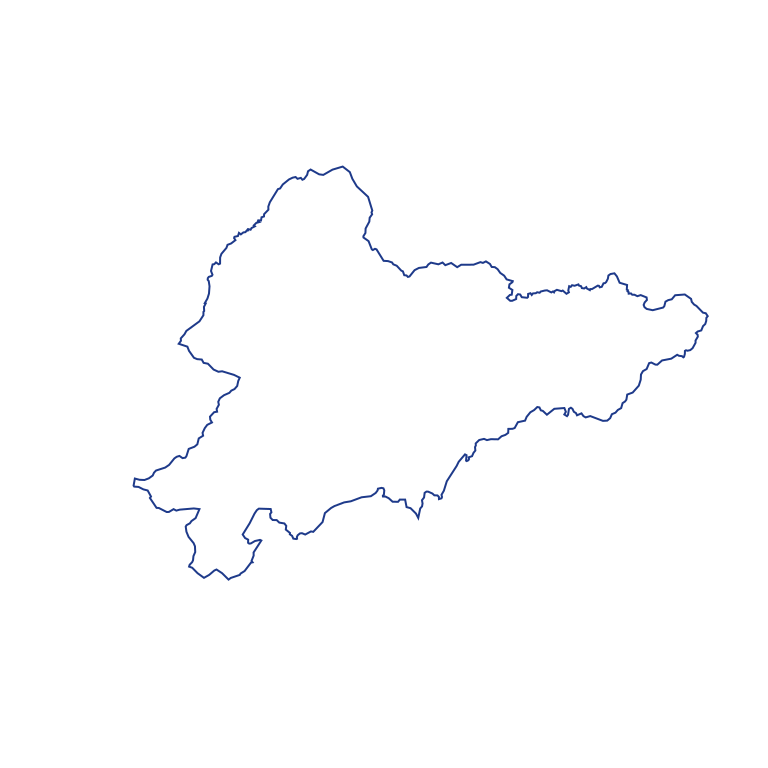 outline of Beroroha, Atsimo-Andrefana, Madagascar, rotated 41°
{"feature_id": "10022922B39697778193382", "entity_name": "Beroroha", "entity_type": "district", "adm_level": 2, "iso_a3": "MDG", "parent_name": "Madagascar", "parent_adm1": "Atsimo-Andrefana", "projection": "natural_earth1", "projection_center": [45.328, -21.505], "detail": "fine", "context": "isolated", "style": "outline", "palette": "blue", "viewbox_px": 768, "rotation_deg": 41, "n_neighbors": 0, "source": "geoboundaries", "source_scale": "gbopen_adm2", "svg_char_len": 6165}
<svg xmlns="http://www.w3.org/2000/svg" viewBox="0 0 768 768"><g transform="rotate(41 384 384)"><path d="M592.4,167.5L592.6,166.6L591.3,163.9L589.4,161.6L589.8,160.4L591.2,159.8L592.9,157.5L593.4,154.5L592.1,148.5L590.6,146.8L589.8,142.4L588.4,141.1L586.0,140.9L586.3,138.6L588.3,135.4L586.8,131.0L587.1,128.0L585.8,125.0L583.9,122.6L583.8,120.4L580.4,119.5L577.9,120.9L568.6,120.1L565.9,120.6L562.4,120.1L559.9,118.3L552.3,119.1L545.5,126.0L545.6,131.3L543.5,134.2L542.4,137.2L544.5,141.4L544.5,143.2L538.4,152.0L533.0,155.0L530.2,155.1L528.1,154.0L527.2,151.4L527.3,148.1L525.4,146.4L519.4,148.5L517.6,151.5L514.5,152.3L512.7,153.8L511.0,153.6L509.4,155.3L508.2,154.1L507.0,154.3L506.6,153.2L505.3,153.5L502.5,149.8L495.4,153.0L489.2,150.0L485.3,149.3L482.8,152.4L482.2,154.9L483.9,157.7L484.8,161.3L484.6,162.9L483.6,164.0L484.6,167.8L483.4,169.5L481.8,168.9L480.8,169.5L478.7,175.9L477.4,177.0L477.8,178.1L474.4,178.8L473.1,178.2L472.4,180.6L470.4,181.8L468.6,180.9L466.6,181.8L465.4,181.3L463.4,184.8L461.1,186.1L461.2,188.2L459.6,188.7L461.7,192.5L463.4,193.5L462.5,196.2L457.6,196.2L457.0,197.5L452.7,199.5L451.8,201.9L452.2,203.3L450.8,203.3L450.2,205.1L445.6,206.3L444.0,208.0L441.6,211.4L441.6,213.0L439.4,214.3L439.0,215.9L437.0,217.9L437.1,219.9L435.0,219.4L433.7,221.5L435.6,223.8L435.5,225.0L431.0,228.1L428.1,227.1L426.2,228.3L426.1,230.8L428.0,233.2L426.1,237.2L424.7,238.4L420.2,238.4L420.6,234.2L421.8,232.8L419.2,228.8L415.1,229.4L413.3,226.5L414.1,222.9L413.7,221.9L407.9,224.6L403.6,223.4L398.9,223.9L394.4,222.8L391.0,223.1L388.5,225.0L385.2,223.9L380.5,224.6L379.2,227.7L376.8,228.8L373.3,235.2L364.0,243.4L362.6,247.8L355.3,248.6L352.3,254.1L348.5,253.9L346.5,258.0L339.8,261.6L339.0,264.7L339.3,267.8L334.2,273.5L332.4,278.0L332.7,286.1L331.8,287.5L329.8,287.3L327.9,288.6L324.4,286.6L322.6,287.1L316.0,286.4L312.5,287.6L310.3,287.0L306.4,288.6L302.9,291.3L290.0,287.3L288.5,287.9L287.7,290.2L286.5,290.4L278.6,286.3L272.4,286.9L271.5,286.0L270.9,282.2L268.1,278.7L266.4,271.1L264.1,267.9L263.7,263.7L262.0,262.7L261.4,260.8L249.2,253.2L233.9,252.7L225.5,249.9L219.2,246.5L210.2,247.0L204.5,256.0L201.0,266.0L197.5,268.3L187.9,270.3L187.1,273.3L188.8,276.6L189.2,281.7L188.4,283.4L186.0,283.0L184.1,285.9L181.5,285.8L179.7,288.2L178.1,291.9L176.7,299.8L177.3,304.6L176.1,306.5L178.6,321.7L180.3,326.0L182.4,328.3L182.1,334.5L183.5,336.3L182.2,338.5L183.9,341.3L181.7,343.0L182.1,344.1L183.5,343.8L181.9,346.3L181.7,349.7L183.1,349.7L181.7,353.2L182.1,355.1L179.7,356.3L179.7,357.2L180.5,357.5L179.7,358.7L179.8,360.3L178.4,361.9L177.8,365.0L175.4,365.1L176.7,368.1L174.6,371.0L175.1,372.2L177.5,372.9L176.4,378.3L174.6,381.6L175.8,384.7L175.9,392.4L177.3,396.0L181.3,400.7L180.7,402.1L177.4,402.5L177.3,404.9L176.2,406.2L179.3,412.2L182.9,414.1L183.1,415.4L181.5,418.1L181.6,419.7L182.5,421.0L184.2,421.3L188.2,424.7L192.6,430.6L194.7,435.4L195.7,440.6L196.6,440.2L197.5,443.9L200.4,446.9L200.4,448.0L202.6,450.6L203.6,457.8L200.0,473.6L200.8,477.4L200.7,482.9L202.4,484.6L202.7,488.3L211.1,484.8L215.1,486.9L223.4,488.9L226.7,487.8L230.4,485.1L234.0,486.4L237.8,484.2L245.9,484.9L251.0,483.4L253.5,480.6L264.9,475.5L271.0,473.9L272.0,477.3L274.5,481.8L274.5,485.9L273.1,489.2L273.1,492.1L270.6,497.4L269.5,502.5L270.6,506.2L273.0,508.0L274.0,512.6L276.2,514.4L274.3,516.7L274.1,522.8L276.3,524.9L279.4,525.9L277.4,530.8L277.7,534.9L279.1,539.9L281.4,541.7L279.9,546.6L282.7,552.0L282.1,555.7L279.2,561.1L282.2,568.0L282.4,569.9L280.6,572.1L276.8,572.5L275.3,574.9L274.6,577.7L274.9,586.0L273.7,590.6L268.7,598.9L268.6,601.8L269.5,604.8L268.4,609.5L266.2,613.6L262.3,616.7L258.0,618.8L261.7,625.0L262.8,625.3L266.3,622.7L271.5,621.4L275.5,619.4L282.0,621.8L282.1,623.6L293.6,626.7L295.4,625.3L303.9,623.2L305.6,621.7L307.3,616.5L310.3,615.8L312.3,612.8L322.1,602.7L326.8,599.5L329.8,608.8L328.6,613.8L328.9,616.5L327.6,620.0L327.9,621.7L331.8,625.1L336.8,627.6L344.7,629.0L347.8,630.5L351.8,634.7L353.1,638.9L355.5,642.3L356.1,644.3L355.9,647.9L356.7,649.7L359.8,648.5L367.4,649.1L375.3,648.4L377.3,642.8L378.3,636.1L379.3,633.9L385.9,633.0L395.0,633.6L395.6,630.9L400.4,622.7L400.1,621.2L401.5,616.6L400.8,606.1L401.8,604.8L400.1,604.4L398.2,599.0L396.1,596.7L394.1,582.6L392.7,583.0L389.6,587.2L388.1,591.7L387.0,592.9L385.6,593.0L383.6,590.6L380.2,591.4L376.1,590.3L374.0,577.3L371.3,566.7L370.8,562.7L371.3,560.2L380.5,552.7L383.2,554.7L383.3,556.8L386.0,559.4L389.2,559.7L392.3,557.1L395.9,557.3L400.3,554.6L403.3,555.2L405.4,558.3L410.8,558.1L411.5,559.2L414.3,558.9L417.0,560.2L419.5,558.6L419.9,557.8L418.6,556.6L418.1,554.8L418.6,551.9L420.0,550.4L423.3,549.3L425.6,543.2L427.6,542.0L428.2,528.5L424.1,520.2L425.4,512.3L426.7,508.6L431.6,499.5L435.9,494.3L441.4,484.2L447.7,477.3L449.2,471.7L449.0,468.6L448.1,467.0L450.3,464.0L452.0,463.1L454.0,464.1L456.5,467.6L456.4,469.0L457.0,469.6L458.9,468.0L462.5,467.1L467.7,467.2L471.9,463.7L471.8,460.8L475.8,457.4L481.8,462.1L485.5,460.3L493.1,460.8L497.7,462.6L493.0,454.2L493.0,451.4L491.5,448.9L488.9,446.8L488.7,443.4L486.1,439.5L486.6,437.4L487.9,436.3L492.4,434.9L495.0,435.0L497.5,433.0L499.5,433.2L501.0,434.8L502.4,432.6L501.9,431.2L500.1,429.9L499.2,425.3L495.2,416.2L492.6,398.2L491.4,393.7L491.3,384.0L493.0,383.6L496.2,388.0L497.0,387.9L497.7,386.2L497.4,384.8L496.0,383.8L497.8,380.7L496.7,377.2L496.6,374.3L494.1,371.9L493.6,370.1L492.2,368.7L492.6,363.8L495.5,359.8L498.5,358.8L500.9,355.5L506.4,350.9L507.0,346.3L509.0,342.8L509.8,339.4L507.3,336.3L510.4,333.5L511.5,331.5L510.1,325.0L514.5,319.1L513.2,315.2L513.0,309.3L514.4,305.2L514.8,300.8L516.7,299.7L519.6,301.0L521.5,300.1L527.1,300.3L528.8,291.0L535.9,283.8L539.5,285.7L540.1,288.7L543.2,288.2L543.1,286.5L539.9,281.4L540.6,279.3L542.5,279.1L545.5,280.4L548.0,280.0L550.2,281.0L552.3,276.6L555.6,277.4L558.1,276.9L560.7,272.9L573.4,268.2L576.5,265.2L577.1,261.4L575.8,257.3L577.5,253.8L577.5,250.2L578.8,246.6L576.6,241.9L577.4,239.0L577.2,236.8L574.5,232.4L577.3,227.3L577.4,218.1L574.9,212.3L571.7,208.2L571.0,204.4L572.4,200.4L570.4,194.3L571.7,192.4L576.1,191.3L577.6,190.1L578.4,183.8L584.2,176.4L586.1,169.6L588.1,169.2L590.6,167.5L592.4,167.5Z" fill="none" stroke="#1e3a8a" stroke-width="2"/></g></svg>